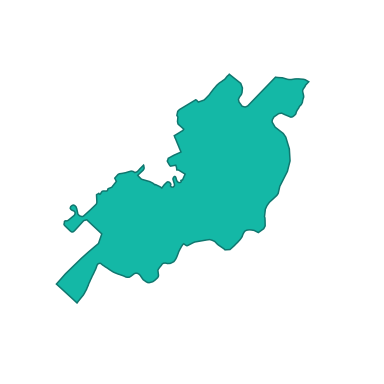 outline of Sahar, Sa`dah, Yemen, rotated 224°
{"feature_id": "15242507B10960751674051", "entity_name": "Sahar", "entity_type": "district", "adm_level": 2, "iso_a3": "YEM", "parent_name": "Yemen", "parent_adm1": "Sa`dah", "projection": "mercator", "projection_center": [43.698, 16.931], "detail": "fine", "context": "isolated", "style": "filled", "palette": "teal", "viewbox_px": 384, "rotation_deg": 224, "n_neighbors": 0, "source": "geoboundaries", "source_scale": "gbopen_adm2", "svg_char_len": 5970}
<svg xmlns="http://www.w3.org/2000/svg" viewBox="0 0 384 384"><g transform="rotate(224 192 192)"><path d="M184.6,352.4L188.6,351.4L190.0,350.6L193.7,347.6L195.2,346.2L196.5,344.8L198.6,342.0L199.9,340.7L200.6,340.1L201.6,339.4L205.7,337.3L206.4,336.9L209.4,334.3L210.7,333.3L211.7,332.6L211.7,292.5L212.8,290.0L215.5,288.5L220.7,289.4L223.0,290.9L223.9,293.7L224.2,296.4L225.1,298.3L228.0,301.9L232.4,304.0L247.0,302.6L246.9,301.9L246.9,301.6L247.1,299.9L247.0,298.3L246.8,297.0L246.8,295.5L247.1,294.1L247.3,293.3L247.3,292.8L247.6,291.4L247.9,290.1L248.1,288.7L248.2,287.3L248.3,286.0L248.2,284.7L248.1,283.4L248.0,280.8L247.8,279.5L247.7,278.4L247.5,276.6L247.3,275.3L247.1,274.0L247.1,272.5L247.1,271.2L247.1,269.8L247.1,268.5L247.2,267.0L247.2,266.5L248.5,263.9L249.6,261.8L249.9,261.1L252.5,261.2L253.4,260.9L253.5,260.5L258.3,242.5L258.3,240.1L256.1,236.6L254.2,236.1L251.4,232.6L249.3,231.2L248.0,231.2L246.3,231.3L241.6,231.5L241.3,229.8L241.9,227.8L242.0,227.2L243.6,221.1L243.9,220.2L241.7,219.1L240.9,218.9L238.7,217.9L236.0,216.7L233.4,215.6L231.4,214.7L228.0,213.3L227.7,213.1L228.3,211.5L229.6,208.3L229.9,207.5L230.3,206.6L230.6,205.8L232.5,199.7L232.1,199.0L231.7,198.3L231.6,197.9L231.4,197.3L231.3,197.1L230.3,196.7L228.5,196.2L227.6,195.9L226.5,195.7L225.8,195.6L225.4,195.7L222.3,200.0L220.0,198.8L218.3,197.3L217.0,198.4L215.8,198.7L209.4,200.1L207.2,194.1L207.3,193.9L207.4,193.5L207.7,193.4L207.9,193.0L208.0,192.6L207.6,192.4L207.2,192.3L207.0,192.0L206.9,191.5L207.1,190.6L207.6,190.0L208.1,189.6L208.9,189.4L210.1,189.4L211.3,189.8L213.5,191.1L214.3,191.4L214.8,191.4L215.4,191.0L215.5,189.9L215.1,188.6L214.5,187.9L212.9,187.0L212.6,186.8L211.9,186.4L211.1,186.1L210.9,185.9L209.2,184.7L208.9,183.5L209.0,182.2L210.3,181.3L210.9,181.3L211.4,181.3L211.7,181.4L212.0,181.9L212.4,182.7L212.8,183.0L214.2,183.3L215.4,183.2L216.2,182.7L216.7,182.2L216.9,181.3L217.0,178.0L216.5,173.9L217.5,173.8L219.2,173.4L223.4,172.0L223.6,171.4L225.5,171.3L226.8,171.0L229.7,170.1L237.2,166.1L238.7,166.1L240.3,166.1L241.8,166.2L242.6,166.3L242.6,167.4L242.3,173.2L242.3,173.9L242.6,175.2L243.1,176.0L243.9,176.6L245.2,177.6L245.5,177.7L245.6,172.3L245.5,170.8L245.5,168.9L245.6,168.3L246.4,166.7L246.6,166.3L247.8,166.1L248.8,165.8L249.3,165.5L250.3,164.8L250.3,164.7L251.0,163.6L251.7,162.4L252.4,161.2L253.0,160.0L255.1,157.0L256.1,155.7L256.7,155.0L257.1,154.2L257.4,153.2L257.2,148.3L253.8,147.1L253.8,146.9L253.6,145.4L253.5,144.7L253.5,144.1L253.3,142.8L253.2,141.3L253.0,139.7L254.5,136.4L254.6,135.7L254.0,134.8L253.9,133.8L254.4,133.0L255.6,132.0L256.6,131.0L257.1,130.0L257.0,128.9L256.7,127.6L256.5,127.0L256.7,126.3L257.2,126.2L258.1,126.3L258.3,125.3L258.6,124.5L258.8,123.8L258.6,123.5L254.2,119.4L253.1,118.3L252.4,116.9L252.7,108.4L253.3,99.4L253.6,98.4L254.4,97.7L256.0,96.9L257.8,96.7L259.1,97.0L260.1,97.8L260.3,97.9L263.1,99.8L265.2,100.8L266.8,100.8L267.6,100.6L268.3,100.2L268.8,99.3L269.0,98.5L269.1,97.3L268.7,96.4L268.3,95.7L267.3,95.4L266.1,95.4L264.9,95.8L264.2,96.2L263.5,96.3L262.2,96.2L261.6,95.9L261.2,95.3L260.6,94.2L260.5,92.7L260.6,92.4L261.4,85.5L261.9,84.4L262.4,83.9L263.0,83.4L263.3,82.8L263.2,82.0L262.1,80.8L261.9,80.1L261.3,79.6L259.7,79.4L252.8,79.4L251.6,79.5L250.8,79.7L250.2,80.2L249.8,80.9L249.7,81.4L249.6,83.1L250.0,96.2L248.4,98.9L227.8,99.2L223.5,90.0L224.1,84.1L224.8,77.1L225.5,67.6L226.2,45.3L225.6,32.2L225.6,31.6L207.1,32.1L197.6,32.3L197.6,32.5L197.9,34.1L198.6,42.4L199.1,44.6L199.5,45.9L199.9,47.4L200.2,48.6L200.8,50.0L201.4,51.6L201.8,52.8L202.5,54.1L202.9,55.3L203.4,56.8L204.0,58.3L204.4,59.6L204.8,60.8L205.3,62.0L205.7,63.4L206.1,64.8L206.6,66.2L207.1,67.6L207.5,69.0L208.1,70.5L208.8,72.0L209.4,73.2L209.6,74.3L209.7,74.7L209.3,76.0L208.2,77.2L206.9,77.3L205.5,77.4L204.0,77.7L202.5,77.9L201.2,78.2L199.9,78.5L198.4,78.7L197.1,78.9L195.7,79.2L194.1,79.5L192.9,79.8L191.2,80.4L189.5,81.1L188.0,81.7L186.9,82.3L185.5,82.9L184.3,83.5L183.1,84.0L181.8,84.5L180.5,84.9L179.2,85.8L177.9,87.2L177.4,89.1L176.8,93.1L176.2,94.4L175.1,95.4L173.9,95.9L172.5,96.1L171.0,96.0L169.0,95.5L166.2,95.0L162.4,95.6L160.7,96.2L159.6,97.3L157.9,100.2L157.4,102.7L157.2,106.4L157.5,107.8L158.3,108.9L162.2,112.0L162.5,113.0L162.8,114.4L163.0,116.1L163.0,116.5L163.1,117.7L163.1,118.0L163.3,118.9L163.4,119.6L163.1,120.8L162.5,121.6L161.9,122.3L159.7,123.7L159.2,124.3L158.6,124.9L158.2,125.3L157.6,126.6L157.2,127.8L156.7,129.2L156.8,130.5L157.0,131.9L157.2,132.8L157.4,133.4L157.8,134.6L158.3,135.8L158.4,136.0L158.5,136.3L158.6,136.6L158.9,137.2L159.1,137.7L159.4,138.4L160.0,139.7L160.1,139.8L160.5,141.4L160.7,141.7L161.3,144.0L161.7,145.4L161.9,146.6L162.1,147.7L162.0,149.0L159.5,149.4L158.5,149.7L158.0,150.3L156.1,155.9L155.3,157.9L148.0,167.9L146.3,170.0L145.1,170.7L143.9,171.3L141.3,172.2L140.0,172.2L138.6,172.1L137.0,172.1L135.4,172.3L133.8,172.6L130.8,173.1L129.6,173.3L128.1,173.3L124.7,177.0L124.6,178.6L124.5,179.9L124.4,181.4L124.3,182.9L124.3,184.4L124.3,185.9L124.2,187.4L124.3,188.8L124.3,190.2L124.4,191.5L124.6,193.0L124.8,194.2L125.1,195.1L125.3,195.5L125.9,196.8L126.3,198.1L126.7,199.7L126.7,201.0L126.2,202.4L125.4,203.5L124.5,204.6L123.2,205.7L121.8,206.7L120.5,207.6L120.3,207.6L116.1,208.9L115.4,212.7L114.9,215.4L115.8,218.4L117.3,219.9L118.3,220.9L119.5,222.1L121.5,224.0L122.7,224.6L127.3,230.6L128.6,234.3L129.2,238.4L128.8,244.6L128.6,248.5L129.0,250.8L132.8,257.1L137.7,273.1L143.1,282.5L151.9,290.6L162.6,296.6L167.0,297.5L177.3,296.4L183.0,298.0L184.4,299.8L185.2,303.0L184.1,308.6L182.3,311.0L179.3,312.0L174.5,313.9L173.2,314.3L172.3,315.2L171.9,316.0L171.8,316.4L171.6,317.7L171.5,319.0L171.6,320.4L172.3,321.5L172.8,322.7L173.2,324.1L173.4,325.3L173.6,326.6L174.1,327.9L174.2,329.2L174.1,330.5L174.4,331.8L174.9,333.2L175.7,334.3L176.4,335.4L177.0,336.6L177.6,337.9L178.6,338.8L179.8,339.6L180.9,340.3L182.0,341.0L183.0,342.0L183.5,343.2L183.7,344.5L183.9,345.8L184.2,347.0L184.5,347.4L184.6,351.1L184.6,352.4Z" fill="#14b8a6" stroke="#0f766e" stroke-width="1.5"/></g></svg>